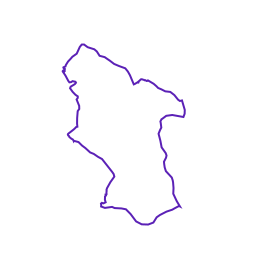 Bafoulabe, Kayes, Mali (Equal Earth projection), rotated 152°
{"feature_id": "8926073B35923162225659", "entity_name": "Bafoulabe", "entity_type": "district", "adm_level": 2, "iso_a3": "MLI", "parent_name": "Mali", "parent_adm1": "Kayes", "projection": "equal_earth", "projection_center": [-10.509, 13.682], "detail": "fine", "context": "isolated", "style": "outline", "palette": "violet", "viewbox_px": 256, "rotation_deg": 152, "n_neighbors": 0, "source": "geoboundaries", "source_scale": "gbopen_adm2", "svg_char_len": 2302}
<svg xmlns="http://www.w3.org/2000/svg" viewBox="0 0 256 256"><g transform="rotate(152 128 128)"><path d="M161.1,36.5L155.5,33.3L150.0,32.6L144.6,35.7L140.6,36.2L133.3,36.1L127.3,35.1L123.8,35.2L119.9,35.2L119.5,35.1L119.0,34.4L119.3,40.6L118.9,48.7L116.0,53.6L113.7,58.9L113.1,60.8L112.6,63.7L114.8,72.1L114.1,76.0L113.0,79.1L112.1,81.3L108.4,83.9L106.9,85.6L106.5,88.1L107.4,95.1L105.4,101.5L103.7,108.6L100.6,111.2L98.4,112.7L96.8,116.9L96.3,118.6L95.0,119.5L94.4,119.9L94.3,120.0L93.7,120.0L89.8,120.6L88.5,120.8L82.8,118.7L73.9,111.7L71.3,114.0L69.4,117.3L67.4,127.0L69.5,127.5L70.5,129.5L71.6,135.3L73.7,140.0L77.9,142.9L80.4,146.5L82.6,149.2L83.3,151.6L84.6,155.0L88.0,160.6L88.4,160.4L89.5,160.8L89.9,161.5L90.4,162.2L90.9,162.3L91.3,163.0L91.7,163.3L92.0,163.6L92.5,164.2L93.5,164.9L94.6,164.7L95.4,164.4L96.5,164.2L97.0,164.1L97.4,163.3L97.6,163.3L97.7,163.8L97.8,163.9L101.3,163.7L102.4,163.8L102.3,165.0L101.5,173.7L101.6,177.9L102.4,182.0L106.8,186.9L110.2,191.1L112.4,195.9L114.5,199.9L115.3,201.5L119.2,205.1L119.6,210.2L120.8,213.3L125.7,218.3L127.6,222.3L129.7,223.4L132.5,222.2L138.4,217.7L143.7,217.0L146.0,216.1L149.8,214.8L153.4,212.7L154.3,211.7L155.4,211.8L156.5,211.9L156.7,211.7L156.7,211.4L156.7,210.9L156.0,209.9L156.2,209.5L157.0,208.7L157.1,208.0L157.4,207.9L157.7,208.1L158.0,207.7L158.7,207.9L158.6,209.0L158.9,208.9L159.1,208.6L158.6,203.7L158.6,197.6L158.3,195.8L156.6,195.2L155.0,195.4L152.7,193.5L152.7,192.4L154.4,191.7L159.2,191.4L160.5,190.3L159.9,185.8L158.8,182.0L157.5,179.5L158.2,178.2L160.0,177.3L160.7,170.5L162.1,167.7L164.5,166.5L168.2,160.7L170.9,155.8L172.1,152.9L173.3,153.2L174.7,152.7L176.6,152.2L183.5,151.0L183.7,150.9L184.1,150.6L184.2,150.4L184.3,149.5L184.0,148.9L183.9,148.5L183.9,148.4L184.0,147.4L183.6,146.6L183.4,146.1L183.1,145.3L182.1,143.7L182.0,142.9L182.1,141.9L181.8,142.1L178.3,138.8L176.8,134.0L175.1,130.4L172.9,124.2L170.4,121.2L168.0,116.6L165.5,112.8L162.6,96.6L162.3,94.1L162.9,91.5L168.9,88.5L174.8,84.7L176.1,83.4L176.1,83.1L176.5,82.3L177.1,81.6L177.8,80.1L178.1,79.6L179.0,79.8L179.2,78.7L180.4,78.4L182.1,75.4L182.6,72.9L185.1,73.0L186.2,74.2L187.4,73.9L187.8,72.5L188.6,71.3L185.9,68.3L179.1,65.8L177.4,63.6L171.6,60.1L168.0,57.2L166.1,50.8L164.7,41.7L161.1,36.5Z" fill="none" stroke="#5b21b6" stroke-width="2"/></g></svg>